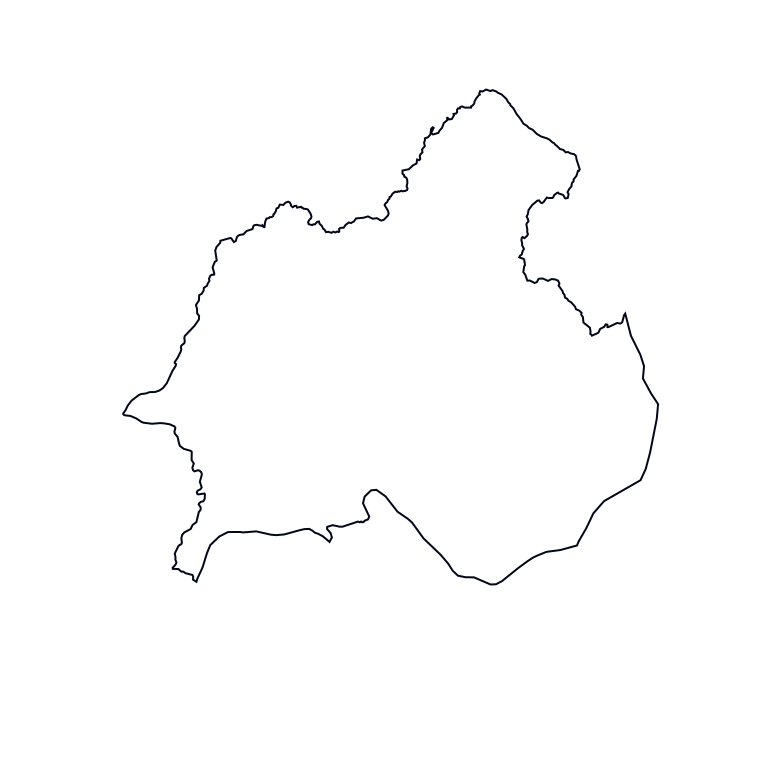 Murung Raya, Kalimantan Tengah, Indonesia, rotated 336°
{"feature_id": "22746128B54866510421393", "entity_name": "Murung Raya", "entity_type": "district", "adm_level": 2, "iso_a3": "IDN", "parent_name": "Indonesia", "parent_adm1": "Kalimantan Tengah", "projection": "orthographic", "projection_center": [114.086, -0.044], "detail": "fine", "context": "isolated", "style": "outline", "palette": "ink", "viewbox_px": 768, "rotation_deg": 336, "n_neighbors": 0, "source": "geoboundaries", "source_scale": "gbopen_adm2", "svg_char_len": 6166}
<svg xmlns="http://www.w3.org/2000/svg" viewBox="0 0 768 768"><g transform="rotate(336 384 384)"><path d="M633.0,417.8L631.4,418.7L626.8,424.4L625.3,424.9L624.3,424.8L621.8,423.1L612.1,423.3L611.3,422.9L612.2,420.6L610.7,419.7L608.6,421.3L603.9,421.6L600.6,424.4L593.6,424.4L593.6,423.3L592.8,422.1L594.1,419.9L595.0,416.3L591.2,409.0L592.9,403.8L592.4,400.9L593.4,399.3L592.2,396.3L589.8,393.8L590.0,390.9L588.2,385.5L586.4,383.0L586.0,380.7L584.6,378.9L585.1,376.0L584.5,373.5L584.9,371.7L583.5,365.1L585.1,363.7L585.1,360.4L582.8,358.0L579.8,356.3L575.7,356.5L572.3,352.5L568.8,350.9L567.7,351.0L565.1,353.1L562.7,353.0L559.3,348.8L557.0,347.9L557.5,341.5L556.8,338.4L559.9,333.5L561.2,332.7L562.6,327.5L562.5,326.6L559.1,323.3L560.3,322.2L562.5,321.7L564.6,319.1L566.8,317.5L566.6,313.5L567.5,311.4L568.0,308.5L569.3,306.5L570.4,306.1L571.6,307.9L575.1,306.8L576.5,305.6L576.6,303.4L577.8,301.1L578.9,296.4L579.8,295.2L582.0,294.3L582.6,292.2L582.4,289.1L584.5,287.3L586.8,283.9L592.1,280.8L598.6,278.9L600.3,279.3L601.0,282.1L601.9,283.0L603.7,282.7L608.6,279.9L610.0,281.1L613.7,282.6L615.0,282.0L616.1,280.7L619.9,279.8L620.8,279.9L621.1,281.0L624.3,283.9L624.9,285.8L624.8,287.5L625.3,288.3L627.5,288.8L629.9,285.6L629.7,283.4L632.5,281.2L635.7,279.7L636.5,278.1L637.9,276.5L639.4,276.2L640.5,274.2L644.5,272.1L647.9,268.2L648.7,268.6L650.1,267.5L651.2,257.4L652.1,253.8L651.2,251.4L648.3,249.3L646.4,246.9L644.2,246.3L643.0,243.0L640.4,241.0L638.7,236.5L638.0,235.8L637.2,232.7L636.3,232.1L634.5,228.0L632.8,225.9L628.1,221.7L625.3,217.7L623.3,212.3L620.5,209.0L619.5,206.1L617.3,203.0L616.3,196.4L615.0,191.7L614.3,184.6L612.8,180.7L613.1,179.6L612.1,177.2L611.7,173.2L609.2,167.3L606.4,164.2L605.7,162.6L602.7,159.7L600.3,159.6L597.0,156.5L593.0,156.9L591.0,155.5L589.2,157.3L589.3,158.6L588.0,158.7L584.1,160.8L581.6,162.8L580.5,164.5L578.1,165.7L576.6,165.7L576.0,166.9L570.3,164.4L568.2,162.2L566.5,161.9L565.3,163.1L563.7,162.3L562.3,163.2L561.3,165.5L559.7,166.2L557.4,165.6L557.2,167.0L553.8,169.5L551.3,168.9L550.3,166.6L549.8,166.6L549.2,168.7L544.8,169.9L541.2,173.6L537.6,175.2L535.8,176.7L530.3,176.0L529.5,174.5L529.6,173.4L533.5,170.3L533.0,169.3L530.9,170.0L527.9,174.9L524.6,176.5L521.3,176.2L520.6,177.9L518.7,179.9L518.1,183.3L514.1,185.2L513.4,188.0L510.5,189.1L509.2,190.7L508.7,193.1L508.0,193.6L507.1,193.8L505.6,192.4L503.4,195.8L499.5,196.0L494.0,197.9L487.8,196.5L486.4,199.4L487.3,201.4L486.9,202.8L488.2,204.5L488.3,206.6L487.2,209.7L485.0,212.8L485.0,215.0L484.0,216.2L481.7,216.2L479.3,215.5L478.3,214.5L476.2,214.5L475.4,213.7L474.1,214.0L472.4,212.9L469.2,213.6L466.5,215.5L465.1,215.5L464.3,217.0L462.9,217.3L460.8,219.1L458.8,219.6L457.3,220.8L458.1,227.3L457.5,230.3L456.3,231.6L450.4,234.0L447.8,233.5L444.9,229.6L441.0,228.5L437.5,224.4L433.0,223.8L425.8,221.4L422.8,223.2L419.2,223.5L417.5,222.1L413.7,223.0L410.7,224.8L407.7,223.7L406.1,224.0L405.2,226.4L404.5,226.8L403.1,225.7L401.1,225.7L399.7,224.3L397.4,224.5L395.2,222.4L392.8,221.7L392.4,218.6L391.6,217.6L391.5,214.3L390.3,211.3L390.7,209.1L388.8,208.7L385.9,210.1L384.5,209.4L382.9,209.6L380.2,207.3L380.5,205.2L382.6,203.6L384.8,202.9L385.9,201.4L386.2,198.5L385.5,193.9L385.0,193.1L381.8,191.1L381.3,189.8L380.5,189.5L380.3,188.4L376.3,187.5L376.4,185.7L374.7,185.0L372.5,185.4L371.5,183.1L372.0,182.2L371.7,179.7L370.6,178.5L367.8,178.3L364.9,179.5L361.8,177.7L359.1,180.0L357.2,179.9L355.3,182.3L353.0,183.9L352.1,184.0L351.1,185.6L349.1,185.8L347.3,185.1L346.4,185.6L343.9,185.1L341.5,187.4L338.6,192.0L337.7,191.4L337.5,189.4L336.4,189.7L332.3,186.7L330.1,186.2L329.1,186.5L326.8,189.0L320.7,188.3L316.6,190.1L312.6,189.1L310.8,189.3L309.2,190.1L306.9,193.0L304.6,193.3L303.7,188.8L303.1,188.1L292.8,186.6L291.8,188.4L286.7,190.7L284.1,193.4L281.4,203.2L279.1,203.6L274.9,207.7L273.8,214.4L273.1,215.0L270.8,214.1L269.3,214.5L266.9,216.7L266.5,218.8L263.7,220.6L262.4,222.2L258.5,222.9L257.4,225.1L254.3,227.4L251.3,227.7L248.9,232.4L244.3,235.4L243.8,239.2L242.0,243.5L242.8,246.5L241.1,249.8L234.7,253.7L221.4,259.2L220.2,261.0L219.4,263.9L218.2,265.5L214.4,266.5L213.4,268.0L212.8,270.1L211.1,272.0L206.0,276.2L201.7,278.9L201.4,279.7L202.1,281.1L201.2,282.6L196.2,285.9L185.8,295.0L180.2,297.9L176.0,298.6L171.6,298.2L166.6,296.1L162.7,295.8L157.6,294.3L155.4,294.4L146.6,296.5L140.8,299.7L137.7,302.5L133.8,304.8L133.5,305.5L134.1,306.9L139.4,310.1L143.7,314.7L147.0,320.0L148.8,321.7L156.0,326.0L163.7,328.7L166.9,330.4L171.9,333.7L175.4,337.6L175.5,339.4L173.3,342.1L172.7,344.0L173.9,348.4L172.5,355.5L172.5,357.8L174.7,361.8L180.2,366.4L180.8,367.7L177.3,375.3L177.9,379.3L174.9,382.5L174.5,385.2L175.3,386.7L178.4,387.0L179.8,387.7L181.0,389.7L181.1,391.5L180.7,392.7L176.0,398.4L175.4,404.3L173.5,405.5L170.2,405.7L168.9,406.9L168.8,408.7L169.6,409.4L175.4,411.0L175.5,412.0L173.5,415.9L171.4,417.6L168.6,417.2L166.4,417.9L165.7,418.7L166.3,421.5L166.0,423.1L165.3,424.3L162.7,425.7L156.4,433.9L151.8,434.9L148.4,437.8L141.1,438.4L138.4,439.7L136.1,442.5L134.8,446.9L133.5,447.9L131.4,448.0L130.0,448.6L123.9,453.8L123.0,457.6L122.0,459.6L121.7,462.9L119.7,464.4L116.2,465.9L115.9,467.0L120.9,469.4L122.5,472.9L124.3,473.8L125.7,476.1L131.3,480.5L131.3,482.4L130.0,485.1L132.2,488.4L133.9,486.3L143.6,477.8L153.4,466.6L159.8,460.5L171.6,456.3L181.3,455.8L192.6,460.8L194.7,462.2L207.4,466.7L219.3,475.6L224.2,478.3L231.8,480.9L247.8,483.3L252.3,484.2L256.8,486.0L259.1,489.1L260.4,491.8L262.9,494.0L266.1,498.1L270.0,506.1L274.0,503.0L274.6,498.5L273.0,493.3L274.0,491.4L279.7,492.1L285.3,496.2L288.1,497.5L304.3,499.1L305.6,500.5L307.0,500.3L307.2,501.0L309.1,501.9L310.6,501.0L314.3,501.2L316.6,499.1L316.3,484.4L320.5,479.0L329.0,475.9L334.0,477.6L339.7,487.3L344.4,506.2L350.9,516.8L353.3,522.0L357.3,541.1L366.3,563.1L369.6,574.3L370.8,582.5L373.6,589.2L379.9,593.7L387.5,597.2L399.8,610.5L404.9,612.5L411.5,612.1L431.8,606.7L443.5,604.2L449.2,603.2L454.3,603.1L464.0,603.4L477.6,607.4L494.6,610.0L497.8,607.0L509.9,598.2L522.7,587.3L537.4,580.5L579.3,576.2L588.6,568.0L599.3,554.7L619.0,526.8L626.2,513.9L624.1,501.0L622.8,484.3L628.8,473.5L630.1,461.5L629.2,440.4L633.0,417.8Z" fill="none" stroke="#020617" stroke-width="2"/></g></svg>